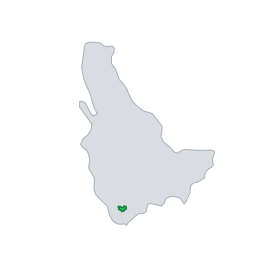 location of Las Matas de Santa Cruz, Monte Cristi, Dominican Republic, rotated 239°
{"feature_id": "3306468B23054065948148", "entity_name": "Las Matas de Santa Cruz", "entity_type": "district", "adm_level": 2, "iso_a3": "DOM", "parent_name": "Dominican Republic", "parent_adm1": "Monte Cristi", "projection": "orthographic", "projection_center": [-71.454, 19.622], "detail": "fine", "context": "in_parent", "style": "filled", "palette": "green", "viewbox_px": 256, "rotation_deg": 239, "n_neighbors": 0, "source": "geoboundaries", "source_scale": "gbopen_adm2", "svg_char_len": 2590}
<svg xmlns="http://www.w3.org/2000/svg" viewBox="0 0 256 256"><g transform="rotate(239 128 128)"><path d="M45.7,168.0L45.9,159.0L47.3,155.4L46.0,151.6L40.3,147.5L36.9,142.2L33.8,137.6L34.5,136.9L40.7,136.7L42.9,135.0L47.0,130.3L47.9,126.5L47.5,123.6L44.8,120.1L43.8,116.5L47.1,113.3L51.5,108.7L52.1,106.9L52.0,105.1L46.9,100.3L46.6,98.2L49.0,92.9L48.7,89.3L46.4,78.4L45.3,76.8L47.5,75.8L49.0,72.6L51.0,69.7L53.6,68.1L56.6,67.1L62.5,67.2L70.7,69.8L73.1,69.7L80.9,67.4L87.5,66.1L93.6,67.5L96.1,69.5L101.2,72.6L103.7,73.6L111.7,73.4L113.9,73.7L120.7,78.9L126.4,80.9L129.7,81.0L135.6,78.9L138.5,79.0L141.9,83.4L142.6,89.7L145.5,95.4L149.8,99.1L171.0,97.3L175.8,100.3L174.2,102.8L171.2,104.2L161.1,103.7L156.7,104.1L155.9,106.6L155.9,108.9L161.8,109.4L167.6,110.5L173.5,112.3L179.6,113.5L186.3,114.2L193.0,115.4L204.2,119.8L216.7,129.9L220.0,132.2L222.2,135.4L221.3,139.4L217.0,146.1L214.5,148.2L210.9,149.5L208.4,152.3L206.1,156.9L204.6,157.3L202.9,157.1L199.9,154.6L197.7,150.6L191.7,147.0L184.7,147.6L174.2,145.5L167.9,146.7L161.6,147.0L155.2,145.9L148.7,145.6L142.2,147.1L135.9,149.5L133.6,151.0L129.6,154.8L127.5,156.2L112.2,158.2L107.8,155.5L103.7,151.8L97.8,151.3L89.2,154.2L83.9,155.2L81.7,156.5L81.1,157.9L81.1,163.1L79.9,166.3L71.6,178.3L66.9,186.7L64.9,189.3L62.7,189.9L58.6,185.0L56.0,183.3L52.7,182.4L51.4,179.8L51.4,176.2L50.6,172.6L48.6,169.8L45.7,168.0Z" fill="#d9dde1" stroke="#a8b0b8" stroke-width="1"/><path d="M59.4,84.5L59.6,84.5L59.8,84.6L59.9,84.9L60.0,85.1L60.3,85.3L60.5,85.3L60.8,85.5L61.0,85.5L61.3,85.5L61.5,85.5L61.8,85.7L61.8,85.4L61.9,85.2L62.0,85.2L62.3,85.0L62.5,85.0L62.7,84.9L63.0,84.6L63.2,84.4L63.2,84.2L62.9,84.0L62.9,83.9L62.7,83.8L62.4,83.6L62.4,83.3L62.5,83.2L62.6,82.9L62.6,82.3L62.6,82.2L62.8,82.0L62.9,81.9L63.0,81.9L63.3,81.6L63.5,81.5L63.7,81.4L63.8,81.4L64.0,81.3L64.1,81.2L64.3,81.2L64.5,81.0L64.8,80.8L65.0,80.7L65.2,80.3L65.2,80.1L65.2,79.9L65.1,79.7L65.0,79.4L65.3,79.5L65.5,79.5L65.5,79.4L65.4,79.3L65.3,79.2L65.3,78.9L65.2,78.9L64.9,78.9L64.8,79.0L64.9,79.4L64.7,79.4L64.4,79.2L64.2,79.1L63.9,79.0L63.9,78.9L63.7,78.7L63.5,78.3L63.2,78.3L62.7,78.3L62.5,78.5L62.4,78.6L62.4,78.8L62.2,78.9L61.8,79.0L61.7,79.1L61.3,79.3L61.1,79.4L61.1,79.5L60.9,79.5L60.7,79.6L60.4,79.7L60.3,79.8L60.2,79.7L59.9,79.5L59.5,79.7L59.5,79.8L59.6,80.0L59.5,80.3L59.4,80.4L59.3,80.5L59.3,80.8L59.3,81.0L59.4,81.3L59.4,81.5L59.3,81.8L59.2,81.9L58.9,81.9L58.9,82.0L59.0,82.2L59.1,82.3L59.2,82.5L59.4,82.7L59.5,82.7L59.6,82.8L59.8,83.1L59.8,83.3L59.7,83.5L59.7,83.8L59.5,84.1L59.4,84.2L59.4,84.4L59.4,84.5Z" fill="#22c55e" stroke="#15803d" stroke-width="1.5"/></g></svg>